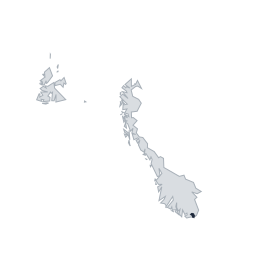 location of Flekkefjord nor, Vest-Agder, Norway, rotated 304°
{"feature_id": "86288312B20196044889227", "entity_name": "Flekkefjord nor", "entity_type": "district", "adm_level": 2, "iso_a3": "NOR", "parent_name": "Norway", "parent_adm1": "Vest-Agder", "projection": "albers", "projection_center": [6.638, 58.382], "detail": "fine", "context": "in_parent", "style": "filled", "palette": "slate", "viewbox_px": 256, "rotation_deg": 304, "n_neighbors": 0, "source": "geoboundaries", "source_scale": "gbopen_adm2", "svg_char_len": 4810}
<svg xmlns="http://www.w3.org/2000/svg" viewBox="0 0 256 256"><g transform="rotate(304 128 128)"><path d="M143.1,121.8L138.5,125.2L139.6,126.6L139.2,131.4L133.1,130.6L132.6,136.3L128.6,137.6L126.9,142.3L128.4,145.6L125.9,153.0L122.5,155.1L123.1,162.9L120.5,170.0L122.4,170.9L122.7,174.4L115.3,179.8L116.6,197.6L120.2,200.8L117.8,204.3L119.5,212.7L116.0,217.9L116.3,224.2L112.2,222.1L110.7,216.6L109.1,223.9L106.0,223.1L99.4,232.5L93.6,233.7L86.2,227.0L86.7,224.3L89.1,225.7L90.4,224.4L88.1,223.5L90.6,219.1L84.4,222.2L85.3,218.3L89.7,216.6L87.4,216.2L89.4,212.7L93.4,210.1L89.5,211.6L84.6,218.3L85.0,214.0L87.3,213.7L84.7,210.6L87.1,208.4L84.7,208.8L84.2,205.0L93.6,205.9L96.2,203.4L84.7,203.6L85.8,200.8L84.1,197.0L89.0,197.9L92.2,197.2L85.1,194.3L98.1,188.9L92.2,189.1L95.8,185.5L100.4,187.8L98.3,184.8L100.0,180.6L109.3,181.5L111.9,176.2L106.3,181.2L104.2,179.5L111.4,167.1L115.4,165.6L116.9,163.2L113.8,164.0L116.8,157.3L115.7,156.1L120.3,153.8L116.9,154.7L116.9,150.9L119.8,146.1L124.5,144.7L120.8,144.5L122.4,141.5L125.0,143.3L125.2,141.6L121.6,139.4L125.4,134.9L127.0,138.0L126.0,134.0L130.6,132.3L126.8,131.9L131.4,125.3L131.4,122.3L133.7,123.4L132.6,121.9L135.7,118.4L136.2,121.9L137.5,116.7L137.9,122.3L139.7,120.2L138.6,116.8L143.2,116.5L140.3,113.4L144.3,111.1L147.4,114.1L149.4,103.8L153.1,104.6L152.5,111.5L155.1,103.1L156.7,107.4L157.7,106.1L158.0,100.5L160.7,100.7L160.1,103.7L161.2,103.5L162.2,107.2L162.4,101.2L170.6,103.3L164.4,107.5L168.5,109.9L172.7,109.3L168.3,117.1L168.2,112.7L166.9,111.2L161.3,109.3L156.9,114.2L157.7,120.8L156.0,125.1L147.0,126.2L143.1,121.8ZM111.6,33.1L115.2,34.5L115.4,37.7L116.6,35.7L117.7,38.2L124.3,41.1L120.0,44.9L116.7,60.5L109.2,53.7L115.6,49.6L109.2,51.5L108.0,49.5L115.5,45.4L113.8,44.9L114.4,43.6L109.7,43.7L109.8,46.2L106.6,48.0L102.2,42.6L104.4,42.4L103.3,39.9L101.7,41.3L100.3,36.5L106.5,35.2L107.1,35.9L104.3,37.6L107.5,39.1L109.0,35.6L113.0,41.3L111.1,35.8L111.6,33.1ZM118.2,28.8L124.0,30.8L124.6,27.4L125.3,27.5L125.4,29.4L127.6,27.5L134.1,29.1L129.0,36.3L120.4,35.9L119.3,35.3L121.4,33.7L117.1,34.4L115.9,33.4L117.0,32.3L114.9,31.9L117.9,31.6L117.3,30.0L118.6,30.6L118.2,28.8ZM125.1,42.1L130.0,44.6L129.5,46.0L134.1,46.8L130.2,51.9L129.3,51.8L129.4,49.7L125.5,51.4L126.4,47.4L122.2,43.7L125.1,42.1ZM124.1,132.0L126.7,130.2L119.2,136.1L122.8,131.6L122.5,127.7L124.5,125.2L124.1,132.0ZM127.3,124.0L130.9,123.1L127.1,126.8L127.3,124.0ZM130.6,121.2L135.0,116.5L133.0,121.0L130.6,121.2ZM100.4,43.1L103.5,46.6L104.3,48.2L101.9,46.5L100.4,43.1ZM121.0,128.3L122.1,131.7L119.1,131.2L121.0,128.3ZM145.8,106.6L144.4,109.5L141.5,109.1L144.5,107.9L145.8,106.6ZM146.5,108.3L146.4,111.3L145.1,110.8L146.5,108.3ZM115.8,136.7L118.6,135.6L115.7,138.3L115.8,136.7ZM145.7,22.5L142.0,24.7L145.8,22.3L145.7,22.5ZM139.0,35.1L141.7,34.7L138.0,36.4L139.0,35.1ZM151.1,103.1L152.9,101.9L153.6,102.3L151.1,103.1ZM147.7,107.2L147.6,108.8L146.8,107.7L147.7,107.2ZM138.1,113.9L138.4,115.5L137.5,115.1L138.1,113.9ZM126.1,76.9L126.1,78.4L125.1,77.4L126.1,76.9ZM136.5,38.2L135.3,38.4L135.0,37.9L136.5,38.2ZM109.5,167.2L110.3,168.4L108.4,168.3L109.5,167.2ZM134.6,114.3L135.7,114.7L136.5,115.4L134.6,114.3ZM115.4,30.2L116.0,30.9L115.3,30.7L115.4,30.2ZM100.9,179.6L98.7,179.9L100.9,179.0L100.9,179.6ZM97.9,181.9L97.1,183.1L96.7,182.5L97.9,181.9ZM115.2,138.7L114.4,140.0L115.2,137.8L115.2,138.7ZM84.3,211.1L84.0,213.0L83.9,210.6L84.3,211.1ZM114.9,156.4L114.4,155.4L115.0,155.4L114.9,156.4ZM168.4,108.4L168.6,109.7L168.4,108.4ZM115.5,157.4L114.4,157.7L115.8,157.1L115.5,157.4ZM112.4,160.1L112.6,161.1L112.1,160.8L112.4,160.1ZM83.9,203.4L83.3,204.5L83.4,203.6L83.9,203.4Z" fill="#d9dde1" stroke="#a8b0b8" stroke-width="1"/><path d="M92.7,229.1L92.4,229.2L92.0,229.2L92.0,228.9L92.1,228.6L91.9,228.6L91.7,228.6L91.6,228.8L91.6,229.0L91.5,229.3L91.5,229.2L91.6,229.3L91.7,229.5L91.7,229.8L91.5,230.0L91.6,230.4L91.6,230.5L91.4,230.7L91.4,230.8L91.1,231.0L90.8,231.1L90.7,231.2L90.6,231.3L90.8,231.4L90.7,231.4L90.8,231.4L90.8,231.5L90.8,231.4L90.8,231.5L90.9,231.4L90.9,231.5L91.0,231.5L91.3,231.6L91.5,231.6L91.8,231.7L91.8,231.4L91.8,231.2L91.9,230.9L91.9,231.0L91.9,231.3L91.9,231.5L92.0,231.5L92.0,231.4L92.0,231.5L92.1,231.8L92.1,231.7L92.3,231.6L92.4,231.4L92.5,231.3L92.5,231.2L92.4,231.2L92.5,231.1L92.5,230.9L92.4,230.9L92.4,230.7L92.5,230.7L92.6,230.8L92.8,230.9L93.1,230.7L93.1,230.4L93.0,230.2L92.9,230.0L93.0,229.9L92.9,229.8L93.0,229.8L92.9,229.6L92.9,229.3L92.9,229.2L92.7,229.1L92.7,229.1ZM91.4,231.6L91.4,231.8L91.5,231.9L91.5,232.0L91.7,231.9L91.8,231.9L91.7,231.9L91.7,231.7L91.4,231.6ZM91.3,231.6L91.2,231.6L91.3,231.7L91.2,231.7L91.2,231.8L91.3,231.8L91.2,231.8L91.3,231.9L91.2,231.9L91.3,231.9L91.4,231.7L91.3,231.6ZM91.9,231.7L91.9,231.8L91.8,232.0L92.0,231.9L92.0,231.7L92.0,231.8L91.9,231.7L91.9,231.7Z" fill="#64748b" stroke="#1e293b" stroke-width="1.5"/></g></svg>